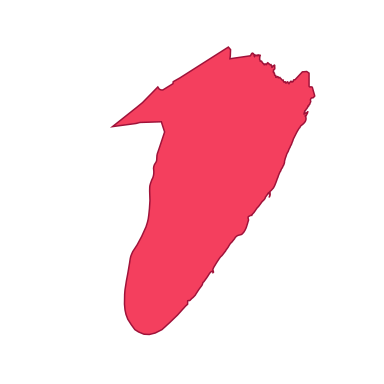 Sveitarfélagið Árborg, Suðurland, Iceland, rotated 285°
{"feature_id": "244011B44443724675216", "entity_name": "Sveitarfélagið Árborg", "entity_type": "district", "adm_level": 2, "iso_a3": "ISL", "parent_name": "Iceland", "parent_adm1": "Suðurland", "projection": "natural_earth1", "projection_center": [-20.988, 63.9], "detail": "fine", "context": "isolated", "style": "filled", "palette": "rose", "viewbox_px": 384, "rotation_deg": 285, "n_neighbors": 0, "source": "geoboundaries", "source_scale": "gbopen_adm2", "svg_char_len": 5854}
<svg xmlns="http://www.w3.org/2000/svg" viewBox="0 0 384 384"><g transform="rotate(285 192 192)"><path d="M284.6,131.8L265.6,121.1L260.0,117.1L234.6,98.3L243.7,120.2L245.7,123.7L251.9,144.2L248.0,146.7L242.9,150.0L227.1,149.1L219.9,148.6L218.2,148.7L213.8,149.6L212.6,149.7L211.1,149.4L210.0,149.0L208.5,148.6L206.9,148.5L205.0,148.7L202.0,149.8L199.9,150.3L198.2,150.5L195.8,150.5L193.2,150.0L189.8,149.7L187.1,149.7L185.8,149.9L182.1,150.8L172.9,153.6L164.9,155.2L158.7,156.2L154.6,156.7L151.2,156.8L146.5,156.6L136.1,154.9L126.7,152.7L119.1,150.2L116.6,149.8L114.0,149.5L111.6,149.6L107.1,150.1L96.4,151.1L89.5,151.6L80.2,152.6L75.8,153.4L66.2,155.8L60.8,157.8L56.7,159.9L52.5,162.9L48.1,167.7L44.3,172.4L43.0,176.5L42.2,182.4L43.3,187.6L46.3,193.0L51.3,198.6L60.0,204.2L69.5,209.9L80.1,215.3L82.4,216.8L85.8,216.0L86.2,216.5L86.5,217.8L86.8,218.1L89.0,219.3L90.5,220.4L93.3,221.9L94.2,222.1L99.5,223.8L104.3,225.7L105.2,225.9L107.4,226.0L108.3,226.6L109.0,226.9L112.9,228.4L115.3,229.2L117.3,229.8L118.6,230.3L119.6,230.9L120.2,231.4L120.6,231.9L120.6,232.2L120.4,232.5L119.6,233.1L119.8,233.2L119.8,233.3L120.2,233.5L121.9,232.5L122.5,232.2L123.6,232.3L124.8,232.5L126.6,233.0L127.5,233.3L128.7,233.6L131.9,234.6L135.4,235.8L137.0,236.5L138.0,237.2L139.0,237.7L144.0,239.8L144.7,239.9L145.4,240.1L145.9,240.4L147.3,240.9L148.4,241.3L149.7,241.6L152.2,242.4L153.8,243.4L156.1,244.4L158.1,245.3L158.9,245.4L159.4,245.6L160.8,246.5L161.8,247.4L162.7,248.9L162.9,249.3L163.8,250.8L164.4,251.3L166.5,252.4L168.8,253.1L171.5,253.6L176.0,253.8L177.6,253.8L179.3,253.9L180.0,253.7L181.5,252.8L182.8,252.8L184.3,254.4L184.7,255.1L184.8,255.2L185.1,255.3L185.3,255.5L185.1,255.8L186.3,256.1L187.4,256.7L188.3,257.2L189.4,257.5L189.9,257.8L191.5,258.3L193.4,259.0L194.1,259.4L195.4,260.1L200.8,262.2L202.6,263.3L203.8,263.9L204.8,264.2L205.5,264.3L205.9,264.2L208.4,265.2L210.1,265.7L210.9,266.0L211.1,266.2L209.7,267.1L211.0,266.5L211.9,266.8L212.1,267.0L210.5,267.8L209.7,267.9L208.3,268.0L207.6,267.9L207.3,267.9L207.3,268.0L207.5,268.1L208.4,268.2L209.5,268.2L212.7,267.2L214.0,268.1L217.0,269.6L217.8,269.8L219.6,270.2L223.7,270.7L226.6,270.9L228.8,271.2L229.9,271.2L233.8,271.7L235.2,272.2L236.7,272.3L237.6,272.5L238.9,273.0L240.5,273.2L241.9,273.6L243.6,273.7L244.3,273.7L245.8,273.4L246.8,273.4L248.8,273.4L250.9,273.6L253.2,273.7L254.6,274.0L256.0,274.4L257.2,274.5L258.8,274.7L261.0,275.2L261.8,275.2L263.5,275.7L266.1,275.9L267.3,276.1L269.5,276.2L276.2,277.6L277.9,278.0L281.4,279.0L281.9,279.4L282.6,279.6L283.3,279.7L284.1,280.0L285.8,281.3L287.2,282.2L289.2,283.1L290.4,283.3L291.6,283.3L292.6,283.1L293.3,282.8L294.2,282.2L294.7,281.7L295.0,281.7L295.4,282.0L295.2,282.5L296.8,282.8L297.9,283.1L299.0,283.1L299.4,283.1L299.4,282.9L298.6,282.5L298.0,282.0L297.6,281.6L297.7,281.1L297.2,280.6L296.5,280.3L296.4,280.1L297.0,279.9L297.6,279.9L298.0,280.2L298.3,280.3L298.8,280.2L299.0,279.9L299.3,279.9L299.7,280.0L300.1,280.5L301.6,280.9L302.3,281.3L303.9,281.8L304.6,281.8L305.0,281.8L305.0,282.1L305.1,282.3L305.6,282.5L306.5,282.5L306.9,282.7L307.2,283.0L308.2,283.0L310.0,283.3L310.5,283.1L311.2,282.7L311.8,282.5L313.1,282.7L313.7,283.1L314.0,283.5L314.2,284.3L314.5,284.7L314.9,285.0L316.2,285.5L316.4,285.7L316.9,285.5L324.3,281.1L324.4,280.9L324.4,280.6L324.4,279.6L324.0,279.0L324.0,278.5L324.0,278.3L324.3,277.9L324.5,277.7L337.1,274.3L338.1,271.6L336.6,267.5L327.2,262.5L326.6,261.2L326.3,261.1L325.4,261.2L324.9,261.1L324.6,260.8L324.7,260.5L324.1,260.1L324.1,259.5L324.6,259.2L324.6,258.9L324.3,258.6L323.5,258.3L323.2,258.1L321.7,257.6L321.9,257.1L322.2,256.8L322.2,256.7L322.9,256.3L323.1,256.0L323.1,255.9L323.1,255.7L322.8,255.5L322.3,255.0L321.7,254.8L321.5,254.6L321.5,254.4L321.8,254.0L322.4,253.8L322.6,253.5L322.6,253.4L322.3,253.2L322.1,252.9L322.0,252.6L322.2,252.4L322.1,252.2L322.3,252.0L322.4,251.8L322.6,251.6L323.1,251.3L323.6,251.2L323.4,250.8L323.4,250.6L323.5,250.4L323.5,250.1L324.3,248.9L324.6,248.3L324.8,248.1L324.8,247.9L324.9,247.6L325.3,247.3L325.1,246.9L325.2,246.2L324.8,246.0L324.7,245.8L324.8,245.7L325.1,245.6L325.6,245.1L325.6,244.8L325.5,244.5L325.2,244.3L325.0,244.1L324.7,243.8L324.5,243.6L324.5,243.3L326.2,242.7L326.2,242.4L326.0,242.2L326.1,241.8L326.2,241.7L326.8,241.3L327.3,241.2L327.9,240.9L328.1,240.6L328.3,240.6L328.4,240.2L328.4,239.9L328.5,239.8L329.1,239.4L329.5,239.4L329.9,239.6L330.5,239.3L330.8,239.1L331.1,239.1L332.0,239.9L332.1,240.0L332.8,240.0L333.1,239.9L334.6,239.4L335.7,239.1L335.8,238.8L335.7,238.8L335.3,238.5L335.1,238.0L335.0,237.8L334.1,237.7L333.7,237.5L333.1,237.0L333.2,236.8L334.0,236.7L334.1,236.3L334.7,236.1L335.0,235.6L335.4,235.4L335.1,234.9L335.1,234.5L335.3,234.4L335.5,234.1L335.5,233.8L335.8,233.2L335.7,232.8L336.5,231.9L336.5,231.7L335.9,231.5L335.8,231.3L334.4,231.0L334.3,230.9L334.2,230.7L334.8,230.4L334.8,230.2L334.7,229.8L334.5,229.6L334.4,229.1L333.7,229.0L333.6,228.8L333.6,228.7L333.8,228.5L334.3,228.3L334.5,228.0L334.5,227.9L334.5,227.6L334.6,227.2L335.1,226.8L335.4,226.4L335.4,226.2L335.5,226.1L336.0,225.7L336.4,225.3L336.3,225.1L336.1,224.9L336.2,224.6L336.0,224.1L336.8,223.7L337.3,223.2L337.5,223.0L338.1,223.0L338.7,222.7L339.4,222.7L340.0,222.3L340.8,222.4L341.2,222.7L341.4,222.6L341.8,222.3L341.8,222.1L341.6,221.7L341.4,221.6L341.1,221.3L341.1,221.0L341.1,220.9L341.6,220.5L341.6,220.4L340.8,220.0L340.5,219.7L340.9,219.3L340.8,219.1L340.5,218.9L340.5,218.7L340.7,218.4L340.7,218.2L340.4,218.1L340.3,217.8L340.2,217.7L339.9,217.6L339.2,217.5L339.0,217.4L339.5,216.8L340.7,216.7L340.6,216.4L340.9,216.2L341.1,215.9L341.4,215.7L341.6,215.5L341.6,215.1L341.4,214.9L341.7,214.7L341.8,214.6L341.6,214.2L341.2,213.8L340.9,213.7L338.7,213.2L330.5,194.1L333.3,193.8L339.5,192.4L341.4,189.6L299.1,150.8L293.7,145.3L291.7,145.6L283.0,137.4L282.6,135.7L282.8,133.9L284.6,131.8Z" fill="#f43f5e" stroke="#9f1239" stroke-width="1.5"/></g></svg>